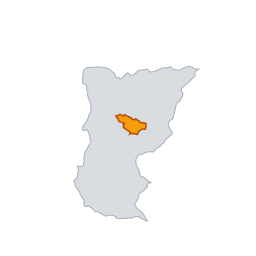 Ippy, Ouaka, Central African Republic (highlighted), rotated 305°
{"feature_id": "33826404B55816089636663", "entity_name": "Ippy", "entity_type": "district", "adm_level": 2, "iso_a3": "CAF", "parent_name": "Central African Republic", "parent_adm1": "Ouaka", "projection": "natural_earth1", "projection_center": [21.235, 6.7], "detail": "fine", "context": "in_parent", "style": "filled", "palette": "amber", "viewbox_px": 256, "rotation_deg": 305, "n_neighbors": 0, "source": "geoboundaries", "source_scale": "gbopen_adm2", "svg_char_len": 5441}
<svg xmlns="http://www.w3.org/2000/svg" viewBox="0 0 256 256"><g transform="rotate(305 128 128)"><path d="M170.8,95.3L172.8,95.9L173.2,96.6L172.6,99.0L173.0,100.4L174.2,101.7L175.3,102.2L176.4,102.5L180.3,103.3L181.9,104.1L184.0,106.9L186.6,109.4L187.3,110.7L187.2,111.9L186.4,113.3L186.5,113.9L187.7,115.4L189.1,116.9L191.7,118.6L196.1,121.2L198.1,122.9L198.8,124.2L200.0,125.7L201.5,127.0L202.6,128.0L201.9,130.9L202.1,131.8L202.5,132.6L203.4,133.7L203.8,135.2L204.7,137.0L205.8,137.8L207.6,138.1L208.6,139.0L210.6,140.4L212.5,141.6L213.4,142.5L213.9,143.3L214.3,144.1L214.5,145.0L214.6,147.0L214.9,149.4L216.0,151.0L216.9,152.2L213.0,150.8L212.4,150.8L211.7,151.1L209.6,152.8L209.0,153.0L206.4,152.6L200.1,151.3L195.2,150.0L193.8,149.5L191.2,149.0L189.5,149.9L187.9,153.0L187.4,153.6L184.9,154.5L183.7,154.3L180.8,155.1L176.3,153.8L174.7,154.1L173.4,154.7L170.2,156.1L168.2,156.9L165.9,157.6L163.7,158.7L162.3,159.3L160.8,159.3L159.6,158.7L158.1,158.2L156.5,158.1L154.7,158.4L153.2,159.6L152.6,160.5L151.3,162.8L149.8,166.6L149.2,167.3L148.6,167.7L141.6,165.8L138.5,165.4L136.5,166.0L133.9,164.9L132.8,164.7L132.3,165.1L130.8,164.6L128.5,163.3L126.3,162.8L124.3,163.0L123.0,162.5L122.1,161.3L120.8,159.0L118.5,156.7L115.4,154.9L113.5,153.5L112.7,152.6L111.1,152.1L108.6,152.0L106.1,152.9L102.6,155.7L99.4,161.6L97.6,163.8L96.1,164.4L95.7,165.8L96.5,168.0L96.6,170.6L96.1,175.0L96.3,178.2L95.5,177.7L94.8,176.2L94.4,175.9L92.3,176.5L91.2,177.1L90.6,177.7L90.1,177.8L89.5,177.0L88.9,176.9L88.1,177.0L87.2,177.0L86.7,176.9L86.3,177.0L85.3,176.5L81.6,175.3L81.0,174.8L80.2,174.9L78.3,176.0L77.3,176.3L74.2,176.9L71.0,177.2L69.7,177.3L68.9,177.7L68.3,178.4L67.3,182.4L67.0,183.1L67.1,184.2L66.8,187.4L66.9,188.4L63.0,197.4L62.3,195.9L61.9,194.1L61.8,192.1L61.9,191.6L61.6,191.0L61.3,189.4L61.6,188.3L61.3,187.2L60.6,186.1L59.9,185.3L59.5,184.6L59.2,184.2L58.4,184.1L57.4,183.7L53.1,178.5L48.5,172.6L47.6,170.7L47.3,169.6L48.4,169.5L48.6,169.3L48.7,168.8L48.0,167.3L47.7,165.3L47.1,164.2L45.3,162.4L43.6,161.0L43.1,160.3L42.8,159.3L42.2,152.9L41.9,151.1L41.4,150.3L41.0,150.0L40.8,149.5L40.9,148.4L41.1,147.4L41.1,147.0L41.6,146.1L41.6,140.2L41.1,139.4L40.0,139.4L39.5,138.6L39.1,137.5L39.2,136.7L40.2,135.5L40.8,135.1L42.7,134.1L43.3,133.6L43.6,133.1L43.9,132.3L45.0,129.3L46.7,126.2L47.4,125.6L49.1,121.2L49.5,120.1L49.8,118.9L50.3,118.0L52.1,116.5L53.5,113.9L55.0,114.0L56.5,114.4L58.5,114.6L60.1,114.1L61.1,113.1L65.8,111.3L66.2,109.9L66.9,109.2L67.8,108.5L68.1,108.4L68.2,108.9L68.7,110.4L69.8,111.8L71.4,113.4L71.8,113.3L72.8,112.1L75.3,111.4L76.0,111.0L77.7,109.3L79.9,108.1L81.1,107.7L83.2,106.6L84.8,106.7L87.2,106.5L91.3,106.0L94.3,105.8L95.8,105.6L96.1,105.3L96.7,103.6L97.2,103.2L98.3,102.4L100.5,99.9L101.9,97.7L102.3,96.9L102.6,96.8L103.2,95.9L102.6,94.9L100.2,93.0L100.2,92.7L100.1,92.4L100.2,92.1L101.2,91.4L102.4,90.5L103.7,90.1L107.2,90.2L110.2,90.0L110.9,90.1L113.2,89.6L114.8,89.2L116.4,88.3L120.1,88.4L123.2,86.0L124.1,85.6L124.5,85.2L124.6,84.9L126.0,83.9L127.6,82.0L128.9,80.3L129.3,79.1L132.7,74.9L133.9,75.0L134.5,74.5L135.9,71.7L136.3,71.2L137.8,70.7L138.5,69.9L139.0,68.7L139.0,67.1L138.8,65.9L138.8,65.3L139.1,64.8L139.7,64.3L142.3,62.8L143.0,62.0L143.4,61.4L144.1,61.3L144.9,61.3L145.4,60.9L146.0,60.3L147.8,59.4L149.5,58.6L151.3,58.9L154.5,59.9L155.5,61.8L156.0,62.5L159.9,67.2L160.7,68.3L162.7,71.7L163.9,74.0L165.3,77.3L165.4,79.1L165.3,80.6L165.0,85.0L164.6,86.2L162.9,88.6L162.8,89.6L163.2,90.5L163.7,90.9L164.0,91.3L163.8,93.3L164.5,94.1L165.8,94.7L169.1,95.0L170.8,95.3Z" fill="#d9dde1" stroke="#a8b0b8" stroke-width="1"/><path d="M128.1,117.0L128.4,117.9L128.9,119.4L129.4,121.0L129.8,122.4L129.7,122.5L129.4,122.6L129.3,122.8L129.3,122.7L129.2,122.6L128.9,122.6L128.7,122.4L128.4,122.5L128.1,122.5L128.1,122.8L128.1,122.7L127.8,123.0L127.6,123.1L127.4,123.1L127.1,123.1L127.1,123.3L126.9,123.3L126.7,123.2L126.6,123.3L126.3,123.5L126.1,123.7L125.9,123.8L126.0,124.0L125.8,124.1L125.8,124.3L126.0,124.5L126.1,124.9L125.8,125.2L125.8,125.5L126.0,125.8L126.0,126.0L125.8,126.2L125.7,126.4L125.8,126.7L125.8,128.2L125.8,130.5L125.8,132.4L125.0,132.6L124.2,132.8L124.5,132.9L125.2,134.0L125.4,134.2L125.7,134.6L125.8,135.0L126.2,135.1L126.6,135.4L126.6,135.7L126.7,136.1L127.0,136.3L127.1,136.5L127.2,137.0L127.4,137.6L127.4,137.9L127.6,138.0L127.6,138.5L127.6,139.0L127.8,139.2L128.4,139.1L129.2,139.3L130.2,139.3L131.2,138.5L133.2,139.6L133.7,139.5L134.4,139.9L134.9,140.0L135.4,140.4L135.8,141.0L136.0,141.2L136.1,141.9L136.3,142.3L137.0,142.9L137.1,142.7L138.0,142.6L139.4,142.1L139.7,141.7L140.7,141.2L141.0,140.6L141.7,140.2L142.1,140.0L142.1,139.9L141.9,139.4L141.6,139.1L141.4,138.0L141.3,137.7L140.6,137.6L140.4,137.4L140.4,137.0L140.2,136.4L140.1,135.8L139.9,135.4L139.3,134.9L139.4,134.6L140.0,133.5L140.4,132.7L140.0,131.9L139.8,131.3L139.9,130.2L140.1,129.5L140.0,129.2L139.8,128.9L138.8,128.9L138.7,128.4L138.3,128.2L138.0,127.5L137.9,127.2L137.8,126.3L137.6,126.1L137.5,125.8L137.9,125.4L138.0,125.1L137.9,124.8L137.9,124.6L138.1,124.5L138.1,124.1L137.8,123.5L137.9,122.9L137.9,122.7L137.5,122.5L137.4,122.3L137.4,121.3L137.2,119.9L137.1,119.5L137.1,118.4L137.2,117.8L137.0,117.5L136.7,117.4L136.2,117.5L135.8,117.6L135.0,117.4L134.8,117.1L134.9,116.0L135.0,114.6L134.5,113.6L133.3,112.7L132.5,112.7L132.0,112.4L131.4,111.5L131.0,111.0L130.7,111.5L130.5,112.3L129.9,112.8L130.0,113.3L130.2,114.0L130.1,114.3L129.6,114.8L128.1,117.0Z" fill="#f59e0b" stroke="#b45309" stroke-width="1.5"/></g></svg>